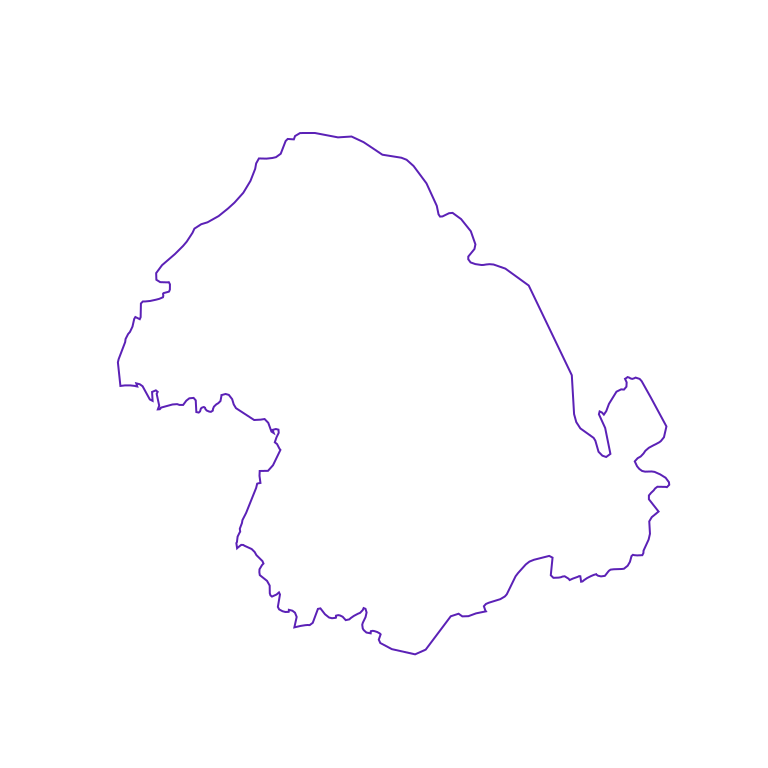 SVG path tracing the border of Southern Savonia, rotated 247°
{"feature_id": "FIN-3189", "entity_name": "Southern Savonia", "entity_type": "Province", "adm_level": 1, "iso_a3": "FIN", "parent_name": "Finland", "parent_adm1": "", "projection": "orthographic", "projection_center": [27.591, 61.902], "detail": "fine", "context": "isolated", "style": "outline", "palette": "violet", "viewbox_px": 768, "rotation_deg": 247, "n_neighbors": 0, "source": "natural_earth", "source_scale": "10m", "svg_char_len": 4738}
<svg xmlns="http://www.w3.org/2000/svg" viewBox="0 0 768 768"><g transform="rotate(247 384 384)"><path d="M465.2,172.6L467.3,171.5L467.3,167.4L458.9,164.4L461.3,162.4L476.3,160.9L479.2,159.1L481.4,156.2L478.1,155.9L478.7,155.0L479.7,153.7L481.9,149.8L483.9,145.1L485.2,140.6L507.9,147.5L510.5,149.4L523.7,162.1L526.4,163.7L530.0,168.0L531.2,170.5L535.1,174.9L541.5,179.5L542.8,181.3L539.1,184.5L540.6,186.1L553.1,191.7L554.2,194.3L553.3,196.4L551.8,201.2L550.7,207.0L550.2,210.4L550.2,214.4L550.7,214.8L551.6,215.4L553.3,215.8L553.8,216.6L553.1,221.5L553.1,222.3L554.6,223.8L559.4,225.9L561.8,225.7L562.2,224.3L565.2,217.8L568.9,215.2L575.1,217.6L580.1,226.1L585.3,242.3L589.6,253.0L592.1,258.0L598.0,266.8L601.1,270.2L602.5,278.2L601.8,284.7L603.2,297.4L606.5,309.0L609.4,317.3L615.0,329.2L623.1,340.4L632.4,349.5L637.0,352.5L640.5,357.0L637.4,363.8L635.7,369.4L635.0,373.2L636.3,378.9L646.1,388.4L647.2,391.1L644.4,396.6L647.0,399.0L647.8,404.8L642.1,418.4L629.0,438.0L624.5,450.8L614.6,459.7L595.7,472.1L585.5,488.4L581.6,492.4L573.1,496.4L552.1,501.5L527.4,502.2L518.9,500.5L516.2,501.0L515.4,503.3L515.8,510.6L514.7,514.0L505.7,519.4L490.7,523.6L476.8,522.7L472.9,520.0L468.4,511.4L465.9,510.3L462.1,511.2L458.7,514.9L455.4,520.3L454.7,522.2L454.1,524.7L453.1,527.9L451.2,531.5L442.8,540.8L418.1,555.7L318.7,560.3L282.0,547.2L273.8,546.1L266.4,547.4L252.5,555.9L249.2,556.4L237.8,555.0L232.7,557.0L230.0,560.0L231.2,565.1L257.1,570.4L272.2,570.0L274.5,571.8L272.6,573.5L269.9,574.4L272.2,578.0L277.8,583.3L286.1,595.0L286.4,600.2L285.1,602.7L286.8,606.1L290.7,608.0L294.6,607.9L294.7,608.8L295.0,610.3L295.2,610.9L294.1,612.2L292.8,613.1L291.7,614.5L291.5,616.4L291.6,618.1L288.8,621.3L285.9,622.3L267.6,624.3L234.6,627.4L225.6,620.9L223.3,616.6L222.8,614.7L222.4,610.5L222.3,608.3L221.8,602.9L220.4,598.5L218.6,595.7L217.0,592.0L216.6,588.5L214.8,584.6L209.4,584.8L206.1,585.8L203.1,587.6L201.3,590.1L198.9,596.2L197.4,598.7L192.9,602.9L187.6,606.6L182.2,607.9L179.8,607.2L178.5,604.1L179.3,602.9L182.6,595.5L181.9,592.7L180.7,590.7L179.4,587.2L177.9,584.3L174.4,582.8L159.3,586.9L156.8,578.4L153.9,574.5L142.2,570.3L137.4,566.8L129.2,557.8L127.0,556.7L125.5,554.9L127.3,550.1L128.6,547.6L129.5,546.4L128.9,544.6L124.2,540.9L121.5,537.3L120.2,532.7L120.8,530.6L123.7,523.1L124.6,520.0L124.2,518.1L123.6,516.9L121.7,513.5L121.1,512.3L122.1,508.6L123.9,506.1L125.6,505.0L126.0,505.0L126.3,502.5L126.3,499.4L126.0,495.1L125.3,491.5L124.7,489.6L125.0,488.2L130.3,489.6L130.9,488.6L130.8,487.0L131.1,481.8L131.0,478.3L132.7,477.8L136.4,475.2L137.0,473.1L137.0,471.5L137.5,469.2L139.4,464.2L142.8,462.8L158.3,471.3L161.2,468.9L163.6,453.4L163.7,448.5L162.5,444.0L157.6,433.5L155.6,430.0L142.4,414.8L141.2,412.2L140.5,407.0L141.7,395.1L141.7,391.9L140.4,389.1L135.9,388.8L134.9,389.0L136.9,379.1L137.3,371.0L139.5,365.3L143.4,362.9L144.1,354.7L123.2,318.6L123.0,307.0L136.9,287.6L147.0,279.4L150.7,279.3L154.9,283.1L156.1,282.6L158.3,280.9L160.3,278.6L161.2,277.2L161.6,275.3L161.1,274.9L160.4,274.7L159.7,274.3L162.1,270.7L165.3,269.2L167.2,268.9L170.9,269.9L172.5,271.2L176.6,275.9L180.5,278.7L184.3,279.1L185.7,277.7L184.2,276.1L182.7,272.6L182.7,270.1L182.3,265.6L181.5,261.8L180.9,260.1L181.6,256.5L185.9,255.0L188.1,253.1L189.1,251.6L189.5,249.3L189.1,249.0L188.0,248.7L187.6,248.3L188.7,244.6L190.5,242.2L195.1,239.7L202.3,237.8L202.8,235.3L192.0,225.1L191.1,221.4L192.1,219.3L192.8,217.1L193.9,212.7L195.0,206.4L203.7,212.6L208.3,212.7L211.1,211.1L213.3,208.2L211.9,207.5L211.5,207.2L212.7,204.1L214.5,201.8L217.5,199.4L220.3,199.2L230.9,206.0L233.2,205.9L232.2,202.8L232.1,197.8L233.8,196.9L236.0,197.1L243.1,200.0L248.5,199.4L256.6,195.0L259.4,195.7L262.1,197.0L265.0,201.0L265.8,202.9L268.5,202.9L276.3,199.7L279.9,199.3L283.8,197.7L289.7,192.3L290.8,191.6L291.7,189.7L290.5,185.4L290.2,184.6L295.2,185.9L296.0,186.9L300.7,189.6L303.9,193.3L304.2,193.9L307.1,194.7L311.5,198.9L314.0,200.5L319.2,206.7L338.3,225.7L341.8,228.3L341.7,229.4L341.3,231.1L341.2,231.6L348.1,233.5L352.5,235.6L349.4,243.3L352.6,250.1L363.8,262.9L365.2,262.5L370.5,262.1L373.0,260.7L376.8,264.1L380.2,268.0L383.2,269.0L384.8,266.9L385.3,263.5L382.0,263.3L384.2,261.8L393.5,262.3L398.4,260.4L399.4,256.5L401.6,250.4L419.6,238.3L423.9,237.7L429.4,238.3L434.6,236.9L436.7,234.3L437.3,230.0L436.4,229.6L432.2,226.8L431.1,224.0L430.8,221.7L429.6,218.6L427.7,216.7L426.4,216.0L426.0,213.8L426.9,212.3L428.9,210.4L430.9,209.8L432.0,210.0L433.2,209.2L433.4,207.4L433.0,205.9L430.7,204.0L430.1,202.3L431.5,200.3L442.5,204.3L445.6,203.3L446.9,199.2L445.9,195.5L443.2,190.9L444.7,187.5L446.3,185.7L447.8,181.3L449.4,169.4L449.2,169.0L448.8,168.7L448.4,167.7L449.0,165.9L451.9,168.6L463.8,170.9L465.2,172.6Z" fill="none" stroke="#5b21b6" stroke-width="2"/></g></svg>